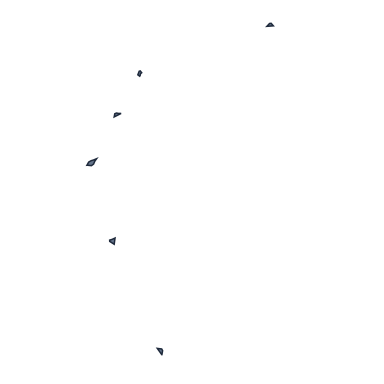 SVG path tracing the border of Gaafu Dhaalu, rotated 83°
{"feature_id": "MDV-5241", "entity_name": "Gaafu Dhaalu", "entity_type": "Atoll", "adm_level": 1, "iso_a3": "MDV", "parent_name": "Maldives", "parent_adm1": "", "projection": "mercator", "projection_center": [73.082, 0.355], "detail": "coarse", "context": "isolated", "style": "filled", "palette": "slate", "viewbox_px": 384, "rotation_deg": 83, "n_neighbors": 0, "source": "natural_earth", "source_scale": "10m", "svg_char_len": 720}
<svg xmlns="http://www.w3.org/2000/svg" viewBox="0 0 384 384"><g transform="rotate(83 192 192)"><path d="M147.3,282.6L149.7,284.8L152.3,286.3L153.6,288.6L152.6,292.9L152.6,293.0L149.7,290.9L148.7,288.5L148.6,288.1L148.2,285.7L147.3,282.6ZM228.3,274.0L234.4,275.6L231.0,279.7L229.7,279.6L229.3,277.1L228.3,274.0ZM349.8,241.7L349.8,241.8L343.0,245.5L344.1,241.2L345.9,240.5L349.8,241.7ZM105.4,252.7L105.4,252.8L108.0,260.1L104.9,259.1L104.7,258.3L104.4,257.5L104.7,256.4L105.1,255.3L105.1,255.1L105.4,252.7ZM37.0,91.0L36.7,97.5L34.2,94.5L34.2,92.9L37.0,91.0ZM67.5,227.4L68.3,228.7L69.9,229.2L70.4,229.6L70.7,229.8L69.1,231.5L65.7,229.7L65.5,228.6L67.5,227.4Z" fill="#64748b" stroke="#1e293b" stroke-width="1.5"/></g></svg>